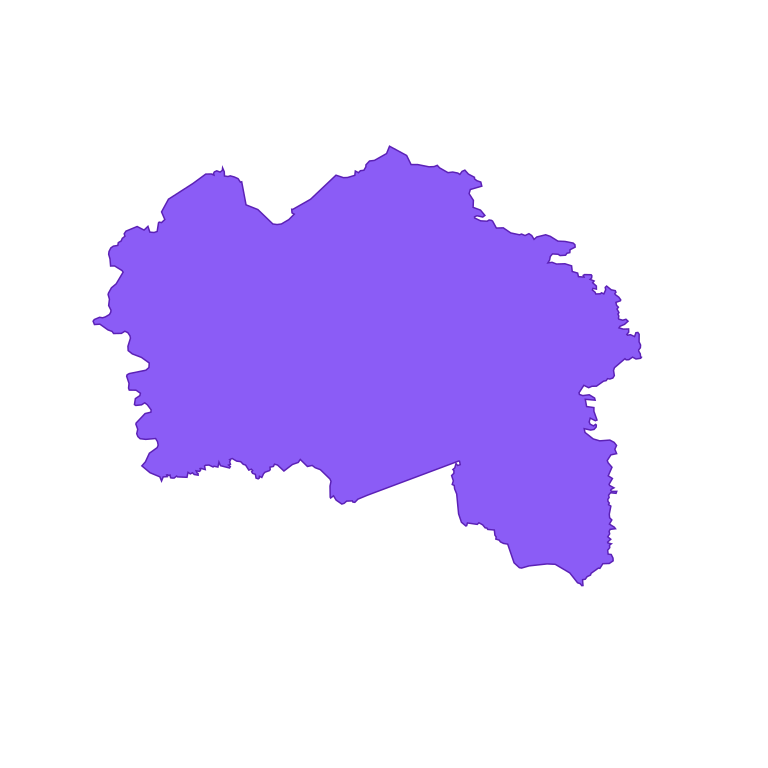 the district of Hambol, Vallée du Bandama, Ivory Coast, rotated 158°
{"feature_id": "98640826B80955316471767", "entity_name": "Hambol", "entity_type": "district", "adm_level": 2, "iso_a3": "CIV", "parent_name": "Ivory Coast", "parent_adm1": "Vallée du Bandama", "projection": "natural_earth1", "projection_center": [-4.861, 8.622], "detail": "fine", "context": "isolated", "style": "filled", "palette": "violet", "viewbox_px": 768, "rotation_deg": 158, "n_neighbors": 0, "source": "geoboundaries", "source_scale": "gbopen_adm2", "svg_char_len": 6171}
<svg xmlns="http://www.w3.org/2000/svg" viewBox="0 0 768 768"><g transform="rotate(158 384 384)"><path d="M218.6,535.0L221.7,537.7L223.2,540.2L222.7,541.8L227.1,547.0L228.9,552.0L232.0,551.9L235.2,549.9L236.5,551.9L240.9,554.8L245.5,556.0L251.5,563.6L252.7,566.8L256.1,566.8L260.9,568.5L270.5,574.8L276.7,577.3L277.4,587.4L289.8,602.4L295.3,596.7L309.1,594.9L313.9,596.2L318.6,594.0L319.5,592.1L322.6,589.7L326.0,590.6L328.5,589.5L330.8,592.2L332.9,588.4L340.4,589.1L344.3,590.5L350.3,595.6L382.9,582.8L403.0,580.1L404.1,580.6L405.2,577.1L403.6,575.1L410.6,572.1L419.2,570.8L423.4,571.9L427.1,574.0L435.6,593.0L444.8,601.8L440.2,624.8L441.5,624.9L442.4,629.1L445.3,632.1L448.6,634.6L450.9,634.8L454.0,636.6L452.6,640.6L452.7,644.8L453.9,642.6L456.6,641.9L459.2,644.3L461.8,644.2L463.2,643.1L463.4,641.4L465.4,643.4L470.7,645.4L486.0,641.5L514.6,636.1L525.8,626.9L525.6,618.6L529.8,617.0L531.8,618.3L532.7,617.9L537.2,610.4L540.4,610.6L544.2,612.5L543.8,618.6L548.8,616.6L553.9,622.5L566.0,622.4L568.6,620.6L568.9,618.0L572.1,617.1L574.1,615.1L577.4,614.6L578.9,612.2L583.3,613.2L586.3,612.5L589.3,609.9L590.7,607.4L591.2,602.6L593.3,595.8L589.6,594.4L584.4,587.3L584.0,585.4L594.8,577.2L600.7,575.3L605.4,571.5L606.3,570.3L606.8,565.5L609.9,559.9L609.5,554.7L610.4,553.0L612.5,551.3L617.2,550.6L620.1,550.8L622.7,552.4L628.5,552.3L630.2,551.2L630.2,547.6L625.0,545.9L619.7,537.6L616.4,534.6L615.8,532.1L608.5,529.3L604.5,530.0L602.3,527.6L601.5,523.9L601.9,521.5L607.3,514.9L608.7,510.8L606.1,506.2L598.9,499.5L593.8,491.4L595.8,487.3L599.6,486.0L616.3,489.1L618.7,488.8L619.7,487.6L620.2,480.0L622.4,475.9L622.5,473.8L616.3,471.2L613.3,466.7L614.7,464.7L620.0,463.6L623.1,458.4L622.2,457.1L616.6,455.5L612.9,456.2L611.2,453.4L609.6,447.2L610.7,445.2L616.6,446.1L628.4,440.7L629.1,439.7L629.3,434.3L631.9,430.5L631.9,427.4L630.6,424.6L625.6,421.9L616.2,419.0L615.6,415.4L616.3,411.9L618.1,410.0L627.5,407.7L634.4,401.2L639.2,398.8L634.2,389.4L626.6,381.9L626.6,377.4L623.5,380.6L619.7,379.3L619.6,381.1L618.6,380.9L618.0,379.8L616.5,379.7L617.0,377.0L615.6,376.1L613.8,375.4L610.8,376.3L610.2,375.2L601.6,371.3L598.8,375.5L597.3,373.2L594.8,373.4L593.9,371.2L590.5,369.1L589.9,370.7L590.6,371.4L590.7,373.9L587.7,372.0L586.2,373.0L586.2,374.5L585.3,374.3L581.8,371.6L581.1,375.2L579.9,375.5L576.6,374.4L573.6,371.1L572.4,371.4L569.1,369.2L566.3,373.4L566.2,369.5L558.7,364.0L557.4,365.0L558.5,367.1L556.4,367.1L556.3,369.6L555.0,370.8L555.4,371.7L552.7,371.8L549.5,367.7L546.0,365.7L544.6,362.3L542.7,360.7L541.6,354.8L538.9,354.7L538.2,352.9L539.6,352.3L539.3,350.4L537.1,348.4L537.9,344.7L536.2,343.2L534.9,343.5L534.1,345.1L532.3,343.1L529.3,345.9L527.4,346.8L522.8,346.6L521.6,347.2L520.9,349.6L517.4,349.0L515.6,350.7L513.1,348.8L509.4,340.8L499.0,343.7L492.9,343.4L489.9,345.4L485.9,336.2L481.1,335.4L479.2,332.2L475.1,328.4L469.7,316.2L469.6,313.6L472.3,309.6L476.3,299.2L476.2,298.3L472.7,299.2L471.9,294.3L468.1,288.5L465.7,288.3L462.5,289.4L457.2,287.5L457.1,286.2L455.4,285.2L451.3,287.0L441.2,287.1L343.5,284.6L342.9,284.1L343.5,280.7L346.2,280.8L347.0,283.3L349.8,279.7L352.2,278.9L351.6,277.5L352.7,275.0L355.6,273.8L356.0,268.2L358.4,265.3L356.9,263.6L357.8,260.4L357.8,254.8L363.5,235.6L364.0,226.8L361.3,221.7L360.4,221.7L358.7,223.9L350.1,218.9L348.0,219.8L345.3,216.5L344.1,212.7L342.6,212.0L342.3,210.3L336.4,207.3L337.8,202.3L337.3,200.2L338.4,198.3L335.7,196.1L335.2,194.0L332.9,191.4L329.3,189.2L330.4,169.5L327.3,163.0L325.4,161.8L317.6,161.0L300.2,156.1L292.8,152.7L282.5,139.2L279.0,127.2L276.9,125.4L276.1,122.9L275.0,122.6L273.2,128.2L270.5,127.6L267.8,129.3L264.1,129.5L262.9,130.9L254.2,133.0L252.9,132.2L248.4,135.4L242.3,133.2L237.8,134.2L236.9,136.8L237.2,140.8L239.9,142.3L238.9,146.1L236.0,147.7L235.3,150.1L233.1,150.7L235.9,152.7L235.9,153.6L231.9,155.1L233.8,158.5L230.9,160.5L230.5,163.0L228.8,164.5L223.6,163.1L224.1,165.0L227.5,169.7L223.7,172.6L224.9,175.5L223.9,178.9L219.4,185.8L221.0,188.0L219.7,189.3L220.3,191.2L219.7,193.2L217.8,194.4L217.4,196.8L214.7,198.3L209.8,195.7L208.4,197.3L213.1,199.2L213.7,200.3L213.0,201.2L209.7,201.6L212.8,205.4L212.9,206.7L207.6,210.8L210.5,214.9L203.8,221.4L205.7,227.0L205.7,229.4L200.2,233.3L194.4,232.3L194.4,237.0L191.4,239.9L192.5,243.7L195.6,247.4L205.3,250.5L210.6,254.7L215.8,263.8L215.1,267.6L209.7,263.9L206.3,263.2L203.4,264.6L202.5,266.4L202.9,267.3L205.5,266.7L207.9,269.5L208.0,271.9L205.6,275.1L201.8,270.8L200.0,270.8L199.6,280.1L198.2,283.5L204.6,287.2L203.1,294.4L194.3,289.9L194.0,292.1L197.7,297.1L204.1,298.8L206.7,301.1L206.5,302.8L199.2,307.9L195.6,303.9L192.1,304.0L187.8,302.4L179.4,304.4L176.8,303.9L174.7,305.2L172.7,304.0L169.6,303.8L167.3,305.5L166.1,310.6L164.2,312.8L151.1,317.2L150.4,315.7L147.9,314.8L143.5,315.8L141.0,312.8L136.4,311.7L135.3,312.4L135.9,313.0L135.1,316.0L135.5,319.1L135.1,320.2L132.7,321.6L131.5,324.0L131.7,327.5L128.8,334.5L129.3,336.7L131.2,337.2L133.9,334.1L137.0,337.4L139.9,338.0L140.3,339.0L137.7,340.4L136.6,343.4L141.5,345.2L145.1,348.0L143.6,349.1L138.6,349.2L134.2,350.8L135.4,353.4L138.7,353.7L141.9,356.1L142.0,357.1L140.8,359.1L140.9,361.2L139.4,362.2L139.9,366.2L137.9,367.4L138.9,369.8L138.4,372.8L133.6,372.6L133.0,373.3L133.8,376.6L136.1,380.3L136.1,381.4L134.6,382.1L134.6,383.9L138.0,386.2L140.9,391.4L142.7,390.7L143.2,388.3L146.4,385.2L148.2,387.1L149.6,386.6L153.9,388.1L153.9,390.0L155.6,393.1L154.5,394.4L151.5,392.4L150.4,395.3L152.6,399.7L150.6,400.8L153.7,403.8L151.7,404.6L150.7,406.5L151.0,407.7L157.0,410.3L158.6,410.1L158.5,408.2L163.5,410.7L162.9,414.3L167.3,417.8L165.8,423.3L171.2,427.7L179.1,430.6L182.6,433.9L186.7,434.9L184.0,436.9L182.1,439.9L179.1,441.5L174.0,439.1L172.6,437.1L167.4,435.4L165.4,436.7L162.5,436.2L161.2,438.8L155.5,439.3L154.8,441.6L155.8,443.8L162.8,448.4L169.2,451.3L174.5,458.6L178.2,461.8L187.3,463.1L190.7,461.9L191.4,466.3L193.3,469.1L197.6,468.8L200.3,471.5L202.5,471.6L209.9,476.6L214.9,484.1L221.4,486.5L222.3,494.3L223.0,495.4L225.1,496.7L227.4,496.3L233.3,499.1L237.8,504.0L237.4,505.1L234.8,505.2L229.9,501.8L227.3,502.5L229.4,509.1L235.2,514.4L232.3,520.8L233.8,528.6L231.1,532.0L219.2,530.8L218.6,535.0Z" fill="#8b5cf6" stroke="#5b21b6" stroke-width="1.5"/></g></svg>